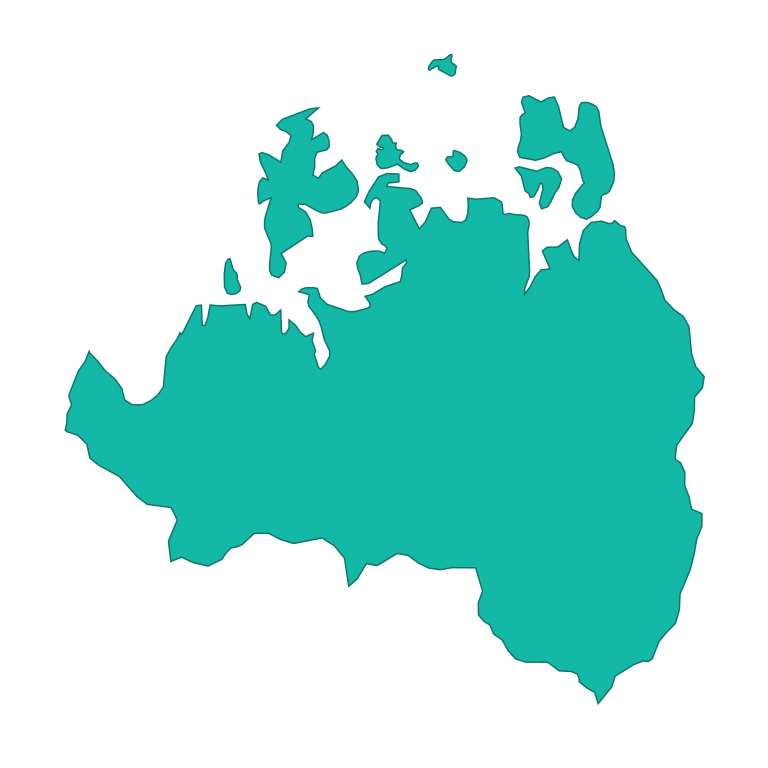 the Province of South Gyeongsang, rotated 178°
{"feature_id": "KOR-2505", "entity_name": "South Gyeongsang", "entity_type": "Province", "adm_level": 1, "iso_a3": "KOR", "parent_name": "South Korea", "parent_adm1": "", "projection": "equal_earth", "projection_center": [128.367, 35.249], "detail": "fine", "context": "isolated", "style": "filled", "palette": "teal", "viewbox_px": 768, "rotation_deg": 178, "n_neighbors": 0, "source": "natural_earth", "source_scale": "10m", "svg_char_len": 6140}
<svg xmlns="http://www.w3.org/2000/svg" viewBox="0 0 768 768"><g transform="rotate(178 384 384)"><path d="M586.1,442.4L584.3,440.6L569.0,468.8L563.7,469.2L563.6,449.0L561.0,448.6L557.7,456.7L555.0,469.0L545.4,467.8L519.9,468.3L518.5,458.8L515.9,453.8L512.4,468.1L508.5,470.1L499.5,465.7L495.2,457.1L490.6,456.5L484.7,461.5L484.6,439.1L483.0,437.2L479.7,438.7L476.9,443.4L476.7,451.3L470.6,446.1L465.8,438.6L460.5,434.0L452.7,437.3L454.4,430.1L451.2,419.8L452.7,416.0L448.8,402.5L446.5,401.1L442.1,405.5L437.3,413.7L437.2,419.2L442.1,430.3L444.9,443.9L446.5,448.6L449.8,454.8L456.3,464.3L457.2,469.0L455.4,475.8L466.0,479.3L462.6,481.8L459.2,482.8L451.3,482.8L447.2,481.8L444.6,472.3L438.2,465.7L417.3,457.7L411.5,457.3L398.7,460.0L395.2,461.9L395.4,465.5L399.9,472.3L392.7,473.9L379.5,481.2L364.2,485.7L362.3,492.2L361.5,499.2L357.4,503.8L357.4,507.3L396.0,485.0L402.5,484.6L403.9,493.6L406.2,500.2L407.0,506.1L403.9,512.9L398.9,515.9L391.4,517.3L383.8,516.9L378.8,514.7L376.2,519.7L378.0,522.1L381.5,524.3L384.1,528.7L384.5,531.4L384.1,545.9L381.2,566.9L384.8,570.6L388.2,569.4L390.9,565.3L392.0,560.2L397.3,566.9L391.9,577.4L382.1,591.3L373.5,594.2L361.8,593.3L362.0,585.5L372.7,584.7L374.6,581.3L350.5,578.3L345.5,576.2L340.0,567.8L339.2,563.5L343.2,560.8L352.1,557.1L343.3,537.8L337.0,544.6L330.6,558.0L321.6,558.6L313.4,546.7L309.1,543.7L300.3,542.7L296.5,545.2L294.3,551.4L293.5,559.3L293.7,566.9L285.5,565.4L267.5,566.3L260.4,562.0L259.6,559.2L259.1,549.7L257.3,549.2L253.0,550.1L247.4,548.7L238.3,547.8L235.1,545.9L233.3,541.8L233.5,537.8L235.1,530.4L234.5,492.4L235.2,486.3L240.0,474.8L240.5,468.5L234.4,476.4L229.4,485.6L223.3,492.4L214.0,493.3L221.1,511.5L216.2,515.0L205.7,514.8L195.7,521.7L191.7,509.4L189.2,504.3L184.9,500.7L183.7,517.2L179.5,530.3L171.4,538.2L161.1,539.2L153.3,536.4L150.2,536.8L147.9,539.2L142.1,534.0L138.1,532.8L137.1,530.5L137.1,521.0L132.0,507.1L107.9,478.5L103.8,469.1L100.5,458.2L91.9,448.4L82.4,440.9L77.2,430.7L75.6,403.4L71.8,390.3L63.8,380.2L65.9,369.0L74.1,360.0L74.7,347.4L77.3,333.7L93.5,312.8L95.8,298.8L90.3,294.8L86.4,285.1L87.1,272.0L82.8,260.0L82.1,253.5L80.7,247.9L70.8,243.4L71.3,230.5L76.7,218.6L80.1,202.7L84.6,187.3L95.5,163.8L96.7,148.1L101.0,134.7L109.9,126.3L118.2,117.0L125.5,100.1L129.3,97.5L134.5,98.1L144.0,95.0L163.2,84.0L167.0,73.3L181.1,57.1L184.2,68.4L192.0,73.3L199.1,79.4L199.4,83.4L201.0,87.6L207.2,90.2L218.9,91.2L230.2,100.3L252.2,101.1L262.1,104.7L269.4,113.3L274.6,123.8L283.1,130.3L286.6,139.4L292.5,143.4L297.6,149.9L297.4,161.9L292.7,173.5L298.8,197.1L322.6,198.1L334.2,196.4L345.4,198.4L355.8,203.8L365.7,211.8L376.7,214.2L397.3,202.7L407.9,205.1L417.4,190.4L426.3,183.0L429.5,211.2L439.3,224.1L451.3,232.3L479.8,227.8L492.4,232.0L504.5,238.8L518.9,239.3L531.4,228.5L536.9,226.3L542.5,225.5L547.8,220.6L552.2,214.4L566.2,208.2L581.0,212.2L592.4,218.0L603.2,214.1L604.9,234.4L595.3,255.4L601.1,268.0L624.9,272.0L634.9,280.2L651.7,300.8L671.6,312.6L680.5,320.1L683.1,334.3L691.6,343.3L702.6,347.5L704.2,349.0L702.4,355.8L701.7,365.2L696.9,374.3L699.1,381.3L699.2,384.2L688.8,408.0L681.9,417.0L677.5,426.9L676.8,425.1L669.0,416.4L661.9,406.6L653.1,398.9L646.1,388.5L643.9,377.3L636.3,372.0L626.5,371.6L617.4,375.6L610.1,381.3L604.6,388.7L600.7,419.0L595.2,428.1L589.3,436.0L586.1,442.4ZM503.5,578.1L503.0,584.2L501.3,590.6L497.9,594.2L492.6,591.8L494.8,598.7L499.8,610.3L500.9,618.3L497.9,619.5L491.1,617.0L479.4,609.3L477.0,620.4L470.3,628.9L468.2,635.6L472.8,639.5L479.1,642.4L482.4,646.3L476.3,652.1L448.2,661.6L439.8,662.2L453.0,651.7L447.5,648.9L445.5,644.3L445.8,638.2L447.7,630.7L435.7,637.4L432.1,634.7L430.4,628.8L430.6,622.8L433.0,620.1L442.7,618.0L445.4,612.4L445.6,604.3L447.7,595.3L442.4,591.8L438.4,597.1L424.5,603.8L418.4,609.3L413.9,601.9L408.4,595.3L403.9,587.9L402.7,578.1L405.2,572.2L410.3,566.7L416.2,562.6L421.2,560.2L435.7,557.0L439.7,557.1L446.1,560.0L456.3,566.4L463.5,566.9L463.5,563.7L456.3,558.6L452.2,550.9L450.4,542.2L450.0,534.0L455.1,534.6L482.2,517.9L477.6,508.4L479.7,499.1L485.7,493.9L492.5,496.8L494.2,501.1L494.3,506.1L491.8,525.1L492.0,528.1L497.9,543.9L497.8,550.7L496.3,556.8L490.2,574.2L498.1,571.2L501.8,568.4L503.1,569.4L503.5,578.1ZM240.4,605.8L242.4,611.6L241.3,616.8L239.1,622.2L238.0,628.9L239.0,639.5L238.7,645.6L236.5,648.2L233.4,650.1L236.7,660.6L235.0,665.8L229.1,667.0L217.3,660.4L210.1,664.0L203.8,664.9L199.9,655.0L195.6,634.2L189.3,630.4L184.2,634.3L180.7,642.9L179.4,653.7L177.0,658.2L171.5,658.4L165.7,656.2L162.2,653.7L159.8,649.0L158.3,634.2L147.7,596.3L146.3,587.1L147.4,578.1L151.9,568.8L154.8,566.5L157.9,565.9L160.2,564.2L162.0,552.8L164.3,549.6L170.5,544.3L175.6,541.6L181.5,543.6L186.6,548.6L189.6,555.0L189.1,561.7L185.6,568.2L176.9,578.1L178.5,581.6L180.3,590.6L182.4,595.3L185.8,597.8L194.0,600.8L198.7,609.9L206.2,608.5L215.7,604.4L224.7,602.3L240.4,605.8ZM239.4,586.9L245.4,595.2L241.3,596.3L223.8,591.3L214.2,594.7L208.6,593.9L202.8,590.1L199.4,582.8L202.1,574.9L207.4,567.4L210.8,560.4L214.3,555.4L220.4,553.6L222.4,559.3L218.3,573.3L218.7,578.0L220.7,579.5L223.0,573.9L227.6,566.1L231.3,565.4L232.4,569.0L236.3,572.2L239.4,586.9ZM363.0,603.2L372.6,599.9L379.4,599.4L383.2,603.4L384.2,610.0L382.1,614.2L383.6,616.6L381.9,619.7L378.0,618.0L376.4,619.0L376.5,620.3L379.7,621.0L382.9,623.9L377.4,632.4L371.0,632.5L368.2,628.5L366.7,624.5L363.4,624.4L364.2,621.0L363.1,617.7L358.1,616.8L356.3,615.3L360.0,612.1L360.7,608.2L357.0,604.9L350.0,602.3L345.6,603.8L342.9,603.7L342.1,600.3L345.2,596.6L349.8,595.3L355.8,597.9L363.0,603.2ZM539.8,499.6L538.1,510.2L535.6,514.0L533.6,514.7L530.7,503.5L527.8,500.2L526.8,497.5L527.2,493.9L523.9,485.6L524.9,481.9L529.0,479.4L533.4,478.9L537.3,480.1L540.0,486.6L539.8,499.6ZM327.6,696.0L328.6,697.1L328.0,699.9L324.3,704.9L322.6,706.1L313.4,706.1L309.3,708.3L307.2,710.4L304.9,710.9L304.6,709.0L305.9,705.7L305.5,703.1L300.7,699.4L302.1,691.7L303.6,690.1L306.2,689.4L318.5,696.5L318.5,699.7L320.3,699.9L327.6,696.0ZM306.4,594.9L312.2,602.0L314.4,606.0L312.8,608.7L308.7,608.7L306.7,609.9L307.0,613.5L305.8,615.1L299.9,612.7L295.7,609.5L293.2,605.5L293.7,602.7L296.3,598.0L301.5,593.7L306.4,594.9Z" fill="#14b8a6" stroke="#0f766e" stroke-width="1.5"/></g></svg>